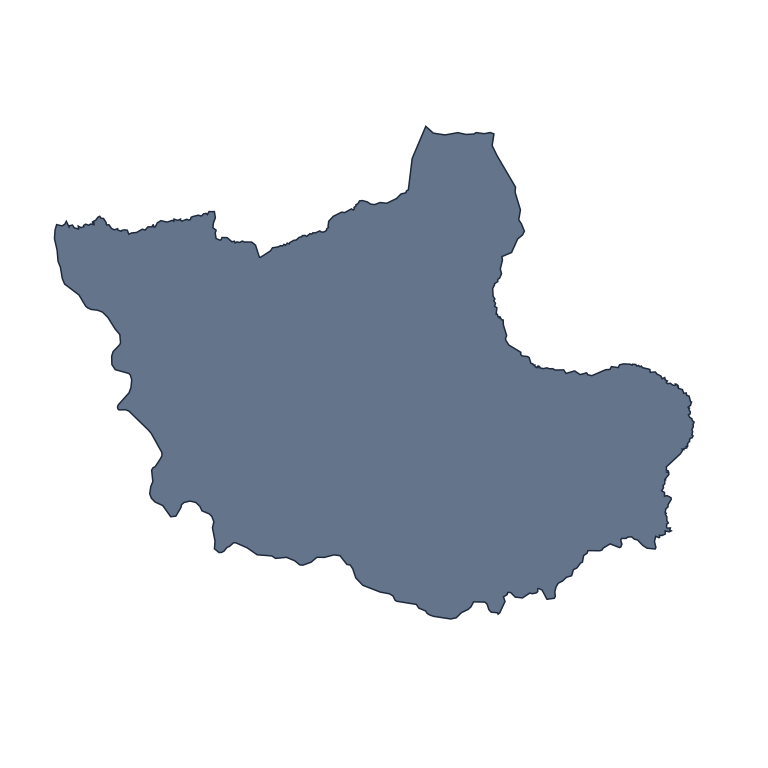 Chembe, Luapula, Zambia, rotated 350°
{"feature_id": "96606910B10415646720486", "entity_name": "Chembe", "entity_type": "district", "adm_level": 2, "iso_a3": "ZMB", "parent_name": "Zambia", "parent_adm1": "Luapula", "projection": "orthographic", "projection_center": [28.787, -11.746], "detail": "fine", "context": "isolated", "style": "filled", "palette": "slate", "viewbox_px": 768, "rotation_deg": 350, "n_neighbors": 0, "source": "geoboundaries", "source_scale": "gbopen_adm2", "svg_char_len": 6147}
<svg xmlns="http://www.w3.org/2000/svg" viewBox="0 0 768 768"><g transform="rotate(350 384 384)"><path d="M535.7,156.8L532.3,154.8L526.2,154.9L518.4,152.4L516.0,153.4L508.2,152.5L500.3,149.3L487.3,149.3L476.1,145.5L469.9,137.5L450.9,166.8L441.7,197.0L439.7,197.7L438.7,199.5L433.7,199.8L428.6,203.5L418.1,206.5L411.7,204.6L405.9,205.7L402.2,204.6L399.1,201.7L394.6,199.6L391.7,199.4L389.6,201.9L387.5,202.5L387.3,203.9L385.1,204.9L385.0,206.8L384.0,207.3L382.3,205.9L374.9,208.4L372.2,207.4L363.3,210.0L357.9,214.0L356.3,218.8L356.6,220.0L354.7,221.1L353.8,222.9L351.5,223.8L348.9,223.6L347.3,222.1L342.6,223.3L340.3,222.7L338.9,223.8L337.1,223.1L333.5,225.2L331.9,223.9L329.3,223.7L328.8,224.7L326.0,224.8L322.5,227.0L320.3,226.8L315.9,228.3L315.1,229.5L313.2,228.5L311.1,230.3L309.8,229.1L308.1,230.4L306.1,229.8L303.8,230.6L297.8,230.5L295.3,233.2L284.3,237.8L283.4,237.5L283.0,235.5L281.6,225.0L278.4,221.3L271.1,219.9L269.2,218.6L266.4,219.6L263.9,218.5L261.9,219.2L261.5,217.4L258.9,217.5L254.9,212.6L249.9,211.6L248.7,213.5L247.5,213.9L243.9,211.6L244.0,205.9L245.4,203.4L242.6,200.3L244.2,195.3L246.8,191.1L246.9,184.8L241.6,183.8L239.5,186.5L238.5,185.1L235.9,185.1L233.3,186.9L230.5,185.5L224.9,185.9L223.0,186.3L222.0,188.3L220.0,188.7L218.4,187.5L213.2,188.5L212.1,187.4L212.3,186.3L209.2,187.0L205.8,185.1L205.3,187.2L203.9,186.1L198.5,186.9L192.7,184.4L188.8,185.9L185.9,189.6L184.7,189.5L184.5,187.3L183.9,187.3L182.8,188.9L178.7,188.3L175.6,190.9L172.9,189.6L166.6,191.8L161.6,191.4L158.7,192.2L157.9,188.0L155.0,187.1L152.4,187.2L151.8,188.0L148.7,186.2L148.6,184.8L145.3,185.3L142.7,183.6L140.8,179.5L138.4,179.1L138.3,176.5L136.5,172.3L134.1,171.6L133.2,169.5L131.2,170.1L128.6,172.6L125.1,173.7L125.0,174.6L126.3,175.0L126.1,176.7L122.8,175.5L120.8,176.4L117.9,174.8L115.7,175.7L115.6,177.0L112.8,177.4L110.3,175.4L110.1,178.3L106.0,176.4L104.8,173.4L101.9,173.5L101.1,174.7L99.4,168.6L97.4,171.2L94.4,172.4L89.3,170.2L86.8,175.2L84.7,183.7L85.3,195.4L84.3,206.7L85.6,212.7L85.5,224.3L86.8,230.1L99.1,243.4L103.7,255.5L105.1,257.3L108.4,259.7L114.6,261.5L119.4,264.4L123.7,270.7L128.7,283.0L132.4,289.5L131.7,297.6L130.7,299.3L122.9,305.0L120.6,309.4L119.4,317.6L121.8,323.2L134.5,329.3L135.7,331.0L136.3,336.0L134.2,343.5L131.4,348.4L118.8,358.3L117.6,360.2L117.6,362.2L118.5,363.5L125.2,364.5L128.1,366.4L144.0,388.5L146.1,392.0L153.4,413.0L152.8,416.2L150.7,418.9L144.3,425.7L141.9,426.4L140.2,428.5L139.4,439.9L136.5,444.5L134.2,451.4L135.1,456.2L138.1,460.5L145.0,465.3L150.9,477.7L156.1,478.0L162.5,470.5L163.6,467.8L166.3,466.0L172.6,465.6L178.0,467.9L181.4,472.4L182.7,477.3L189.4,481.6L191.5,484.7L192.5,490.1L190.1,495.8L190.3,509.4L188.4,516.8L192.1,521.2L194.4,521.7L197.3,520.9L201.2,517.5L203.5,517.2L208.3,514.2L210.5,514.7L220.7,521.5L229.5,530.2L243.6,533.8L246.9,536.9L257.9,537.8L265.4,542.6L269.6,547.5L272.7,548.3L281.1,546.9L287.9,543.0L295.2,544.4L304.9,543.6L310.8,545.4L316.1,555.2L319.3,556.4L321.1,560.5L322.6,570.2L328.2,578.6L344.2,588.3L352.8,591.5L356.0,594.2L357.4,599.0L358.9,600.2L377.6,606.7L379.4,610.8L385.5,614.7L386.6,617.3L388.6,619.2L392.4,621.4L408.9,627.0L414.5,626.8L420.6,622.6L427.8,620.6L430.9,618.6L434.4,614.1L445.5,616.3L447.3,618.7L448.1,624.5L449.9,627.3L456.0,629.0L456.4,630.5L458.3,629.4L465.4,619.2L464.7,614.3L468.6,612.9L469.6,610.8L472.5,611.3L476.3,616.7L483.2,618.7L491.3,615.2L493.6,616.3L497.7,616.2L499.3,615.2L500.0,612.2L501.1,612.4L503.9,614.4L507.1,624.3L514.5,624.6L515.8,622.9L516.2,618.1L518.4,613.4L521.1,610.4L525.6,609.0L530.2,606.0L535.5,605.4L538.3,599.7L542.0,598.7L546.4,594.5L548.5,593.9L550.8,587.6L554.5,586.0L556.0,583.5L567.6,585.7L569.7,585.4L571.5,583.6L578.9,580.7L587.5,586.0L589.0,585.6L590.5,583.0L590.0,578.8L591.1,577.4L595.5,578.1L597.4,577.1L601.3,577.5L603.6,580.3L606.6,581.6L610.8,587.9L614.6,591.4L622.4,593.6L623.4,592.2L623.0,586.0L625.2,581.2L628.1,583.1L628.8,582.9L629.1,580.8L631.6,581.5L635.0,580.6L635.4,577.5L639.1,579.1L641.4,578.5L640.0,577.3L641.0,575.5L637.9,575.1L637.4,574.2L638.0,571.2L639.9,570.2L638.8,567.7L639.5,563.9L638.5,561.5L639.5,560.3L638.5,559.6L639.9,555.9L642.3,554.4L642.9,552.0L646.8,547.6L646.9,545.8L643.4,543.1L640.8,543.2L641.4,539.5L638.9,537.4L641.3,534.7L641.0,532.7L643.1,531.1L643.9,527.4L644.7,527.3L644.3,526.5L648.9,522.5L648.9,520.7L648.1,520.3L649.0,520.2L648.6,518.7L647.1,518.4L647.7,514.6L663.8,504.2L666.9,500.8L666.5,500.0L668.0,500.6L668.2,499.7L671.1,499.5L671.8,498.2L671.4,498.4L671.0,498.0L672.2,498.0L672.6,495.3L675.0,493.6L675.3,491.7L676.6,490.5L677.9,490.6L679.4,488.8L678.4,487.5L679.7,484.5L679.3,482.2L681.1,480.0L681.4,477.5L682.8,475.4L681.2,473.4L681.2,471.6L679.3,470.0L678.5,467.1L680.1,466.8L680.8,464.8L679.7,461.3L680.6,460.8L679.5,459.6L682.1,458.3L683.7,455.1L682.8,454.6L682.4,449.0L680.1,447.6L680.1,445.3L677.6,445.2L676.9,441.3L673.1,439.4L673.5,438.2L672.7,437.7L673.4,436.8L672.2,435.1L670.8,434.6L670.8,435.8L669.9,435.9L667.9,435.0L666.2,433.0L663.3,432.9L662.3,431.5L663.6,430.2L661.7,428.9L661.6,426.4L658.9,427.1L658.1,424.3L654.4,421.4L653.4,419.3L648.2,418.7L648.4,416.0L647.6,415.4L641.4,412.8L640.5,411.0L639.0,411.4L637.9,409.9L635.9,410.2L635.4,408.5L632.2,407.7L631.6,408.5L629.8,407.2L623.2,405.8L619.3,406.0L617.5,408.5L611.0,406.4L609.0,408.9L604.8,408.4L590.2,411.9L586.4,410.4L585.5,408.2L578.8,408.8L574.0,404.2L565.1,405.2L563.4,401.3L555.0,400.0L552.8,398.2L549.4,397.7L547.4,396.4L543.4,396.5L540.6,395.3L540.2,393.8L538.6,394.5L538.7,393.1L536.9,394.2L535.8,393.0L535.9,391.5L534.6,391.4L534.1,390.0L532.3,389.2L531.5,383.2L530.2,381.9L525.0,380.4L523.7,378.7L524.3,376.6L513.7,367.3L511.6,362.2L511.5,360.5L513.2,357.5L511.8,346.5L512.5,341.7L510.9,341.1L510.0,338.3L509.2,338.8L509.2,337.8L507.9,337.6L507.8,335.1L506.6,334.7L508.4,328.5L506.4,326.6L507.8,324.0L506.5,321.0L508.0,319.5L506.7,316.6L507.6,308.8L510.1,305.6L510.1,304.5L513.8,302.9L514.3,300.6L516.2,299.9L518.9,295.8L518.5,290.9L522.1,282.8L522.3,279.0L532.5,276.6L540.8,264.4L546.3,261.3L548.8,257.9L547.1,250.0L545.2,245.7L548.6,236.2L546.4,217.9L547.7,212.9L535.0,178.8L531.9,168.0L535.7,156.8Z" fill="#64748b" stroke="#1e293b" stroke-width="1.5"/></g></svg>